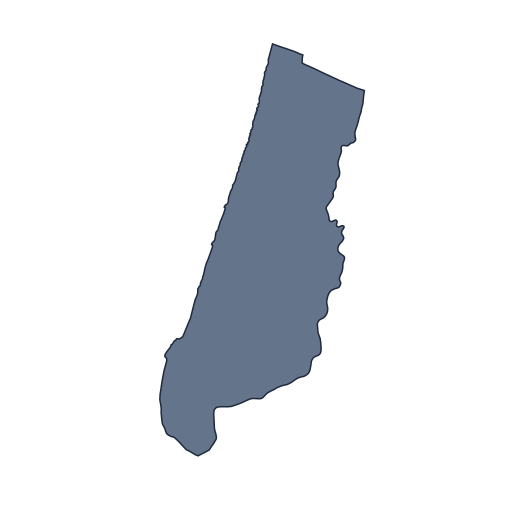 outline of Vinh Chau, Sóc Trăng, Vietnam, rotated 126°
{"feature_id": "81297802B36990393529741", "entity_name": "Vinh Chau", "entity_type": "district", "adm_level": 2, "iso_a3": "VNM", "parent_name": "Vietnam", "parent_adm1": "Sóc Trăng", "projection": "orthographic", "projection_center": [105.972, 9.348], "detail": "fine", "context": "isolated", "style": "filled", "palette": "slate", "viewbox_px": 512, "rotation_deg": 126, "n_neighbors": 0, "source": "geoboundaries", "source_scale": "gbopen_adm2", "svg_char_len": 6124}
<svg xmlns="http://www.w3.org/2000/svg" viewBox="0 0 512 512"><g transform="rotate(126 256 256)"><path d="M74.7,367.3L90.1,361.4L92.5,359.5L93.4,359.1L97.8,358.4L99.8,357.1L100.6,357.0L101.7,357.1L103.1,356.7L104.7,355.1L106.4,354.7L108.4,353.6L108.9,353.6L109.6,353.4L112.4,352.0L113.5,350.8L113.9,350.7L115.4,350.9L116.3,350.5L116.9,350.0L117.9,349.7L118.6,349.2L119.4,348.3L119.9,348.2L120.6,348.2L121.2,348.0L121.5,347.5L123.1,347.4L124.1,347.0L125.1,346.7L126.6,346.1L128.9,344.2L130.2,343.5L131.0,343.2L131.8,343.7L132.2,343.6L132.8,342.5L133.4,342.1L134.3,341.9L134.9,342.3L136.4,342.0L136.9,341.6L136.9,340.9L137.1,340.6L137.4,340.4L138.4,340.8L139.0,340.6L139.5,340.1L140.0,340.0L140.7,340.2L141.3,339.3L141.7,339.3L142.1,339.6L142.6,339.6L144.0,338.8L146.1,337.9L148.6,337.6L151.9,335.8L152.3,335.1L152.7,334.8L153.1,334.6L154.4,334.4L155.5,333.8L155.9,333.8L156.7,334.1L157.1,334.1L157.9,333.5L159.4,332.9L159.8,332.8L160.6,333.0L160.8,332.8L161.1,331.9L161.5,331.6L161.9,331.5L162.3,331.5L162.8,331.8L163.5,331.4L163.7,331.1L164.0,330.9L164.8,331.0L165.7,330.6L166.7,329.2L168.2,329.4L168.6,329.0L169.1,329.0L169.3,329.3L169.6,329.2L170.1,329.1L170.4,328.5L170.6,328.5L170.9,328.6L171.2,329.0L171.5,329.2L171.9,329.1L172.1,328.9L172.1,328.6L173.0,328.0L173.9,327.7L174.7,328.0L175.2,327.9L176.6,327.1L177.2,327.0L178.1,327.2L178.3,327.1L178.4,326.8L178.7,326.7L179.2,326.7L179.6,326.1L180.0,326.0L181.3,326.1L181.7,325.8L182.1,325.8L182.9,325.1L183.4,325.0L183.9,325.1L184.7,325.0L185.3,324.8L185.9,324.2L187.3,323.8L187.8,323.3L188.3,323.3L189.2,323.6L189.8,323.4L190.7,323.0L191.6,322.2L191.9,322.1L193.2,322.1L195.1,321.6L195.8,321.2L197.0,320.2L197.6,320.0L198.9,320.1L199.9,319.9L207.5,316.9L211.0,316.4L211.7,316.6L212.4,316.5L212.9,316.3L214.0,315.4L214.9,315.1L215.9,314.9L218.3,314.7L224.8,312.4L226.9,311.4L228.4,310.3L229.0,310.1L230.5,309.9L231.5,310.1L232.2,310.5L232.7,310.7L234.4,310.6L235.2,310.4L235.2,310.1L234.9,309.7L235.0,309.3L235.3,309.0L239.8,307.4L246.2,305.7L249.1,305.1L254.6,303.2L256.0,302.6L257.5,302.1L259.1,302.3L260.1,302.3L261.3,301.9L264.9,299.9L266.4,299.3L267.3,298.8L268.6,298.7L269.3,299.0L270.1,299.1L272.1,299.1L272.6,298.9L272.9,298.4L272.7,297.9L273.3,297.1L274.7,296.4L280.2,294.7L287.0,292.8L291.3,291.8L295.5,290.3L302.3,287.3L304.4,286.8L305.4,286.2L306.1,285.8L308.7,285.5L309.7,285.0L310.0,285.1L310.6,285.0L312.5,283.8L313.1,283.8L313.6,284.0L314.2,284.1L314.6,284.0L315.1,283.7L315.6,283.7L316.3,283.9L317.0,283.7L318.4,282.6L320.5,281.3L322.3,280.6L327.1,279.5L328.8,278.9L345.3,272.3L347.1,272.0L362.2,268.3L364.3,267.9L365.5,268.2L366.7,268.6L368.0,269.3L368.7,270.1L369.2,271.2L369.5,271.5L370.0,271.6L371.1,271.5L372.0,271.7L372.2,272.0L372.7,272.2L376.5,271.9L377.0,272.0L377.6,272.5L379.1,271.9L380.2,271.7L385.7,271.9L388.4,271.7L389.7,271.4L390.5,271.0L391.1,270.3L391.1,268.8L391.8,267.8L393.5,266.5L402.3,263.2L411.9,258.7L420.5,254.2L424.1,252.4L427.5,250.2L428.7,249.4L434.2,243.8L436.0,242.3L438.0,241.1L444.7,235.2L446.9,232.9L449.1,228.5L450.9,226.1L452.2,223.9L452.3,223.2L452.4,222.1L452.0,219.0L451.5,217.5L451.0,216.6L450.8,215.4L451.4,210.3L453.6,199.1L453.6,198.0L453.1,195.7L452.4,187.9L451.7,185.4L440.7,179.9L439.4,179.8L436.2,180.1L433.7,180.0L429.1,180.4L427.5,180.6L426.2,181.3L425.1,182.2L423.4,184.1L421.8,186.2L420.0,188.2L409.2,196.9L406.7,198.6L405.2,199.2L403.9,199.3L402.3,199.1L401.3,198.6L399.4,196.8L397.3,194.1L394.7,190.4L392.3,187.6L388.3,184.7L383.3,181.4L378.7,178.9L375.6,177.0L374.5,176.2L373.0,174.7L370.8,171.3L369.4,169.2L367.9,167.8L366.3,167.2L362.4,166.7L361.3,166.5L359.7,166.1L356.3,164.5L353.2,162.8L350.2,161.6L347.6,160.0L345.8,158.8L344.3,157.7L343.3,156.7L342.3,155.8L341.2,155.0L339.1,153.9L337.5,153.1L333.6,151.8L330.7,150.7L329.1,149.7L326.8,148.0L325.6,146.8L324.3,146.0L323.5,145.6L321.5,144.9L320.4,144.7L318.3,144.8L316.5,145.3L312.5,147.2L309.0,149.1L308.2,149.4L306.7,149.7L305.2,149.8L303.8,149.6L302.2,148.8L300.0,147.4L298.7,146.9L298.1,146.8L296.8,146.8L296.3,146.9L295.2,147.3L292.6,148.9L287.5,153.2L285.1,155.6L281.9,160.3L280.5,161.7L275.6,165.9L274.6,166.6L273.6,167.0L271.5,167.2L270.3,167.0L269.7,166.8L266.7,165.2L264.9,164.7L263.2,164.6L261.1,164.8L258.9,165.6L257.7,166.2L255.8,167.5L252.8,170.8L250.9,172.3L246.4,174.3L245.2,174.6L243.0,175.1L240.7,175.0L239.1,174.6L236.3,173.1L233.5,170.9L232.8,170.6L231.6,170.5L230.6,170.6L228.4,171.3L228.2,171.4L227.8,171.8L226.1,174.5L225.8,174.8L224.3,175.7L222.6,176.3L219.6,176.8L217.7,177.4L215.2,178.5L213.3,179.7L211.1,181.2L207.1,182.4L205.7,183.1L205.0,183.8L204.7,184.3L204.5,185.0L204.5,189.3L204.1,191.5L203.7,192.4L203.5,192.8L202.3,193.9L201.7,194.3L200.3,194.9L198.4,195.3L195.3,195.2L193.8,194.9L192.1,195.0L190.4,195.3L189.9,195.6L189.1,196.5L188.4,197.8L187.8,199.5L187.5,199.9L187.0,200.4L185.9,201.0L185.5,201.2L184.4,201.3L182.5,201.3L180.9,201.7L180.6,201.9L180.3,202.8L180.5,203.7L181.3,204.5L183.9,206.2L184.3,206.9L184.4,207.6L184.3,208.2L183.8,208.8L183.1,209.5L180.8,210.3L180.4,210.6L180.1,211.2L179.9,212.3L180.2,212.8L180.7,213.3L183.0,214.5L183.8,215.2L184.2,216.0L184.2,216.9L184.0,217.6L183.8,217.9L181.8,219.9L180.1,221.7L177.2,226.1L176.1,227.3L175.5,227.7L174.8,227.9L164.3,228.0L163.2,228.2L162.1,228.6L161.4,229.1L159.9,230.5L159.3,230.9L158.4,231.3L155.3,231.4L153.7,231.7L153.1,231.9L152.5,232.2L149.9,234.3L148.5,235.0L148.0,235.2L146.2,235.4L143.2,235.5L141.7,235.9L140.1,236.8L138.6,237.9L136.8,239.9L134.9,242.2L133.5,243.7L131.3,245.0L129.6,245.7L127.5,246.4L123.6,247.5L121.6,248.2L121.0,248.5L118.4,250.8L117.6,251.1L116.3,251.1L115.9,250.9L115.4,250.5L114.9,250.0L113.7,247.5L113.2,246.9L112.7,246.6L111.1,246.0L109.1,245.7L108.4,245.2L107.3,244.1L106.5,243.8L105.4,243.5L104.0,243.5L103.4,243.7L102.5,244.5L99.9,247.1L99.1,247.8L96.9,249.1L90.4,251.1L88.6,251.8L86.4,252.6L82.9,254.1L77.6,255.7L73.9,257.6L70.3,258.9L67.9,260.2L64.5,262.3L58.4,265.6L60.7,272.4L65.1,292.5L69.2,313.4L69.6,316.1L70.8,322.1L72.1,327.8L72.8,332.1L68.6,334.9L66.6,335.9L65.8,336.2L66.7,339.4L67.9,345.0L68.7,347.5L70.2,352.6L72.3,359.0L74.7,367.3Z" fill="#64748b" stroke="#1e293b" stroke-width="1.5"/></g></svg>